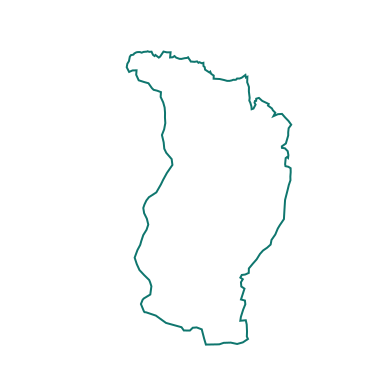 Kato Drys, Larnaca, Cyprus, rotated 28°
{"feature_id": "46923920B44987911839727", "entity_name": "Kato Drys", "entity_type": "district", "adm_level": 2, "iso_a3": "CYP", "parent_name": "Cyprus", "parent_adm1": "Larnaca", "projection": "equal_earth", "projection_center": [33.295, 34.838], "detail": "fine", "context": "isolated", "style": "outline", "palette": "teal", "viewbox_px": 384, "rotation_deg": 28, "n_neighbors": 0, "source": "geoboundaries", "source_scale": "gbopen_adm2", "svg_char_len": 2727}
<svg xmlns="http://www.w3.org/2000/svg" viewBox="0 0 384 384"><g transform="rotate(28 192 192)"><path d="M73.8,99.9L73.6,101.8L74.9,106.1L74.7,109.1L75.8,112.5L80.1,115.5L82.4,112.6L85.9,110.6L87.7,114.7L92.5,118.4L98.5,117.3L102.5,116.4L107.8,119.1L110.1,119.8L113.7,118.9L117.7,118.4L119.7,122.8L124.5,126.4L128.2,130.3L131.0,134.7L133.2,139.0L136.1,143.7L138.0,149.8L138.7,155.8L143.7,161.5L147.2,166.8L150.9,169.5L158.6,172.5L162.0,177.3L160.9,187.0L160.8,195.0L161.0,199.9L160.7,209.1L156.4,216.8L155.7,220.9L155.9,225.4L156.5,229.0L159.7,233.2L164.7,236.8L168.7,241.3L169.6,246.6L169.2,252.9L170.3,259.4L171.1,263.0L171.1,268.9L172.2,276.9L177.1,281.6L182.3,285.6L188.7,287.8L195.5,289.8L197.3,291.3L200.4,294.3L203.3,302.1L199.5,308.5L199.0,310.2L199.5,314.9L205.5,319.9L206.5,320.4L207.9,319.8L218.1,318.1L230.5,319.8L241.3,317.4L246.2,316.3L249.8,318.1L255.2,315.3L256.4,311.5L259.7,309.4L265.1,308.7L271.4,315.6L275.9,320.2L287.6,313.7L290.8,310.3L296.9,306.8L303.2,305.0L307.5,300.9L310.4,295.5L308.3,293.9L306.1,289.4L302.5,283.3L299.7,280.0L295.1,283.0L293.8,279.3L292.4,271.8L291.8,266.1L289.7,263.0L285.7,263.9L284.6,257.6L283.7,252.7L279.9,252.3L277.6,248.7L277.8,245.2L274.9,244.9L274.9,241.9L277.7,239.9L280.1,236.8L278.1,232.8L279.3,227.0L280.7,221.0L281.1,214.8L282.2,210.3L284.5,205.9L286.1,201.5L284.7,197.0L285.5,190.4L284.9,184.0L285.1,180.1L285.9,172.8L281.7,163.7L277.9,155.3L275.2,144.2L274.2,140.4L273.4,135.4L271.6,132.2L269.8,128.1L267.9,124.7L265.2,124.5L262.4,125.3L261.2,123.8L258.8,118.1L259.5,116.5L260.8,116.8L259.8,114.2L257.3,111.0L253.5,109.8L250.7,110.8L249.9,109.5L252.1,105.1L251.3,101.2L250.4,96.9L248.9,94.1L247.4,90.3L248.0,86.0L243.9,84.0L239.3,82.5L234.8,80.8L231.3,83.0L228.3,86.8L228.3,82.9L225.1,81.9L223.3,80.7L218.5,80.0L218.4,78.3L215.4,78.4L211.2,78.6L206.9,77.5L204.9,79.5L205.8,81.4L204.9,82.1L205.3,83.8L207.1,85.0L207.1,89.5L205.8,90.9L204.3,88.6L201.6,85.8L199.7,84.4L198.7,81.8L195.0,76.5L193.0,72.6L191.5,71.2L189.2,69.2L186.8,64.3L185.8,65.6L184.2,63.6L183.0,66.1L182.2,67.8L180.7,69.5L178.5,70.7L178.3,71.9L177.3,72.8L175.8,73.5L174.6,74.9L172.9,76.3L170.8,77.4L168.0,78.0L163.5,79.2L157.9,81.8L156.5,79.0L153.5,78.7L151.6,77.2L151.3,78.3L146.1,77.8L144.6,75.8L143.0,75.4L141.4,72.6L140.2,73.7L137.7,73.9L137.0,74.9L135.2,74.3L133.1,75.9L131.2,76.7L129.7,77.4L128.4,76.6L126.6,75.7L125.3,74.9L124.6,76.0L122.7,77.3L120.1,79.5L118.4,80.3L115.0,80.8L112.7,80.2L111.7,82.1L109.5,83.5L107.5,78.7L104.2,80.5L100.9,81.4L100.3,87.4L99.6,88.9L95.4,88.2L95.1,89.5L93.4,89.3L91.9,88.3L90.4,87.1L88.5,88.3L86.7,88.6L86.2,89.3L85.2,89.9L83.4,91.1L82.2,92.6L80.3,92.9L78.6,93.8L77.3,94.8L76.0,96.8L75.8,98.2L73.8,99.9Z" fill="none" stroke="#0f766e" stroke-width="2"/></g></svg>